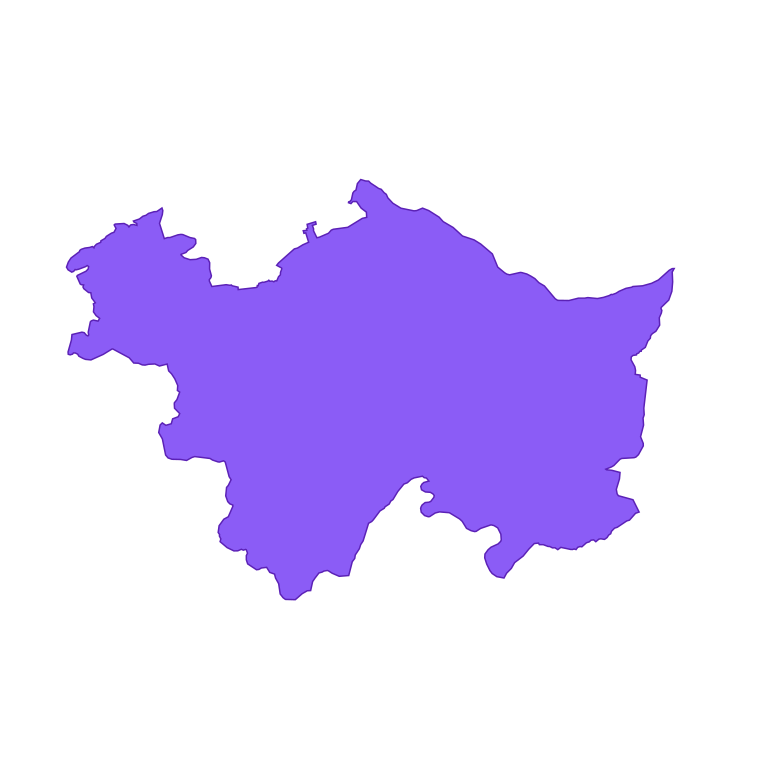 Dumbraveni, Sibiu, Romania (Mercator projection), rotated 260°
{"feature_id": "2599482B85989180229016", "entity_name": "Dumbraveni", "entity_type": "district", "adm_level": 2, "iso_a3": "ROU", "parent_name": "Romania", "parent_adm1": "Sibiu", "projection": "mercator", "projection_center": [24.552, 46.22], "detail": "fine", "context": "isolated", "style": "filled", "palette": "violet", "viewbox_px": 768, "rotation_deg": 260, "n_neighbors": 0, "source": "geoboundaries", "source_scale": "gbopen_adm2", "svg_char_len": 6148}
<svg xmlns="http://www.w3.org/2000/svg" viewBox="0 0 768 768"><g transform="rotate(260 384 384)"><path d="M213.6,613.0L226.8,609.1L233.3,595.4L235.4,594.5L239.9,594.5L249.6,599.4L255.9,601.1L259.4,593.5L260.9,588.2L261.6,587.6L262.8,593.5L263.8,596.2L268.9,603.3L269.4,605.2L268.0,617.6L268.3,619.4L270.2,622.3L278.0,628.6L280.5,629.0L287.5,627.5L298.5,632.5L305.4,633.2L308.5,634.9L315.1,635.7L342.2,643.8L346.2,637.5L348.3,637.8L349.9,633.1L353.7,634.1L357.5,634.0L364.9,631.5L367.7,632.2L368.9,634.1L368.8,637.7L369.9,638.2L370.3,640.2L371.7,641.5L371.6,643.0L372.7,643.3L374.7,647.7L380.5,651.3L382.8,654.2L385.3,655.0L387.0,657.0L388.7,660.9L394.1,665.7L401.4,666.6L405.8,669.5L408.2,670.4L410.2,669.9L411.3,670.3L417.2,679.0L425.3,683.6L434.4,686.0L444.2,687.3L447.3,689.8L447.6,687.9L446.5,684.7L438.8,672.3L436.7,665.0L435.8,655.7L436.8,646.0L436.3,644.6L436.2,638.9L434.5,631.7L433.1,628.3L432.4,624.4L432.8,623.3L432.0,621.2L431.2,615.2L431.1,609.1L433.7,599.7L433.7,596.7L434.8,590.4L434.1,580.6L436.2,569.6L438.2,567.4L452.7,559.0L456.9,554.1L461.6,550.9L464.7,547.4L467.5,543.8L469.8,539.0L470.2,537.7L469.7,526.7L470.9,524.0L472.7,522.0L479.4,516.3L493.3,513.3L505.0,503.6L510.3,497.7L516.1,487.0L526.1,479.3L533.6,470.5L538.7,467.3L547.0,458.2L550.5,452.5L549.1,446.3L549.3,443.6L554.2,431.2L560.5,424.1L566.7,420.1L570.4,419.2L572.4,417.3L576.2,415.1L577.5,412.7L584.2,405.7L586.5,404.1L587.1,401.2L589.4,396.6L586.0,392.6L579.9,390.1L578.9,387.9L577.5,386.5L571.1,383.9L569.7,382.1L569.5,380.8L568.7,380.5L567.4,382.8L569.1,385.0L568.4,388.7L561.2,392.0L556.3,396.5L551.1,395.9L550.9,391.4L544.6,375.5L545.2,360.9L544.7,358.8L542.1,355.5L539.8,345.8L539.7,343.3L547.1,341.2L549.1,341.6L552.6,341.0L553.2,344.9L555.7,344.8L554.6,336.0L550.7,336.0L550.2,334.6L548.7,334.7L549.0,331.1L546.3,331.3L546.4,333.2L536.7,334.4L535.2,328.3L532.9,322.4L532.6,319.1L521.5,301.1L519.5,298.9L516.0,303.3L515.1,303.3L512.0,301.5L509.5,300.9L508.0,298.8L504.2,296.3L504.5,294.7L503.8,293.3L504.8,291.7L505.0,289.4L506.2,288.6L505.5,287.5L505.0,283.3L505.4,282.1L504.8,278.3L502.6,277.1L502.9,276.3L501.3,275.7L501.2,274.7L502.3,256.8L504.7,257.1L507.1,251.5L508.0,250.9L508.0,249.3L509.2,245.8L509.9,231.4L515.7,229.9L517.1,230.1L518.8,232.0L520.5,232.8L527.5,232.2L533.7,233.4L537.5,232.4L539.5,229.1L540.3,226.3L539.4,220.8L540.1,214.6L543.0,209.1L546.2,206.6L546.9,206.6L547.9,211.8L549.6,213.9L552.1,220.0L555.1,223.1L558.9,223.6L560.2,222.7L561.9,218.4L566.1,211.8L566.6,210.0L566.7,207.0L565.4,198.7L565.8,196.4L565.3,192.9L581.2,190.8L589.3,195.1L593.2,196.3L595.9,195.9L593.3,190.2L593.6,187.5L592.9,181.7L591.5,178.9L591.1,175.7L589.0,171.8L588.0,165.5L586.9,165.9L585.0,168.4L583.1,168.2L584.6,165.1L584.7,163.0L584.6,162.0L583.0,160.1L584.8,159.2L587.2,155.9L588.2,147.0L587.5,145.9L583.7,147.1L580.3,144.4L579.9,141.8L577.6,136.2L575.8,134.5L574.2,130.1L572.7,129.6L571.6,125.1L569.7,122.6L568.5,122.0L570.0,120.7L569.6,117.8L569.8,113.0L569.2,109.2L568.4,107.6L567.2,107.0L562.4,97.6L558.9,94.3L554.2,91.6L551.3,92.7L548.4,95.9L548.8,97.9L550.4,99.7L549.9,100.4L550.1,103.5L551.4,110.5L552.2,112.2L551.0,113.5L548.6,112.6L546.8,110.1L544.2,100.9L543.4,100.2L535.2,102.2L534.4,103.1L533.7,105.4L531.8,104.4L530.0,104.9L525.4,108.9L524.8,111.1L519.5,111.1L514.1,113.8L513.4,111.7L510.5,111.8L505.5,110.4L501.4,112.3L498.0,115.4L495.6,113.3L497.4,108.9L497.0,106.7L496.2,105.6L486.4,101.7L483.6,101.7L482.8,100.8L483.7,99.4L486.6,97.7L487.5,95.5L486.9,85.3L481.6,83.8L470.4,78.4L468.1,78.2L467.2,80.0L467.5,82.5L468.5,83.5L468.2,85.3L466.6,87.5L464.4,88.3L461.5,92.0L460.1,94.3L458.6,99.6L461.9,112.6L465.6,122.0L465.6,123.0L454.0,137.7L448.1,141.2L447.1,145.8L444.8,149.2L444.1,152.0L444.3,155.6L443.5,161.9L440.7,166.0L441.3,173.9L434.3,174.2L430.8,176.6L425.4,178.9L418.3,180.6L413.5,179.4L411.5,181.4L404.6,177.4L401.9,174.3L400.8,174.0L396.5,173.5L390.3,177.7L387.5,175.6L386.4,169.8L381.8,167.6L381.2,162.0L384.2,158.9L382.5,156.4L375.3,153.7L368.4,156.2L352.0,156.6L348.7,158.5L346.7,162.1L345.0,170.6L343.0,176.3L345.0,182.1L345.4,185.0L340.9,199.7L338.9,201.9L336.1,207.0L335.7,208.5L336.2,212.7L334.7,214.1L319.6,215.4L316.3,216.8L311.1,213.0L309.5,211.0L301.3,208.7L295.3,209.7L292.8,211.3L291.0,214.1L289.6,213.8L280.3,207.6L278.7,202.8L273.1,197.0L266.6,194.9L264.4,195.9L262.8,195.5L259.8,196.4L257.2,195.2L250.1,201.1L245.7,207.2L245.1,211.1L246.0,214.8L244.8,216.6L245.1,219.0L244.7,219.6L241.1,220.2L238.9,218.6L234.7,217.9L230.5,218.5L223.2,226.2L223.1,228.6L224.1,231.3L223.8,236.6L218.3,238.8L215.8,243.2L211.7,243.5L205.6,245.6L195.2,245.3L191.1,247.5L189.0,249.5L187.0,259.2L191.7,267.0L193.7,272.5L193.3,275.9L201.8,279.4L204.6,282.1L209.2,287.1L209.5,290.4L210.2,292.3L210.2,295.8L209.6,296.9L206.7,300.0L202.4,306.5L201.5,316.0L214.5,321.9L217.3,324.9L220.6,326.0L226.0,331.1L229.8,333.1L233.1,336.2L249.5,344.6L250.7,348.0L252.1,349.9L259.7,358.0L261.6,362.7L262.9,363.7L264.9,368.3L267.5,370.3L268.7,372.8L275.7,378.9L282.0,386.2L282.7,389.9L285.4,394.1L286.3,397.4L286.5,405.9L284.8,407.3L284.0,409.5L280.6,411.3L280.1,406.1L278.8,404.0L276.7,402.4L273.3,402.6L270.5,406.0L269.3,410.8L267.4,413.0L265.5,414.1L263.7,413.4L260.3,409.7L259.8,407.8L260.1,403.9L258.2,400.5L256.7,399.3L255.2,398.5L251.3,398.4L247.4,401.1L245.6,404.5L245.5,406.0L248.1,412.1L248.4,416.5L245.9,426.0L238.0,435.0L235.1,437.2L227.5,440.2L224.4,444.3L222.9,447.7L222.9,449.2L225.0,454.1L226.7,464.9L225.5,467.7L222.6,471.0L215.8,473.0L210.1,472.4L208.8,471.6L206.7,468.6L204.7,461.0L202.7,457.7L199.0,453.9L195.3,453.0L188.8,453.9L181.9,455.9L178.6,457.6L174.7,461.6L172.1,468.5L176.4,471.9L180.3,477.4L185.4,481.6L190.4,491.2L196.2,497.9L200.8,504.3L200.5,508.5L198.8,509.1L198.1,513.0L195.5,517.4L195.2,519.0L193.4,521.4L193.0,524.0L190.7,526.4L192.4,529.8L188.7,539.0L188.3,540.8L188.5,542.6L187.6,544.4L189.5,546.4L189.9,548.7L189.3,550.6L192.5,555.8L192.9,558.8L194.2,560.7L194.1,563.4L191.9,565.2L193.9,568.7L193.9,570.7L192.7,574.0L193.0,575.0L194.1,577.1L196.2,579.0L197.2,581.3L199.4,582.4L202.0,586.0L202.4,588.9L207.0,599.3L207.3,602.1L213.0,609.3L213.6,613.0Z" fill="#8b5cf6" stroke="#5b21b6" stroke-width="1.5"/></g></svg>